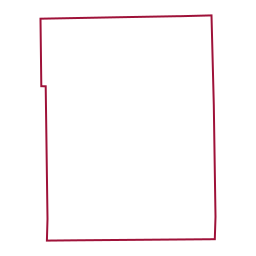 Brown, Indiana, United States of America
{"feature_id": "52423323B89653370278289", "entity_name": "Brown", "entity_type": "district", "adm_level": 2, "iso_a3": "USA", "parent_name": "United States of America", "parent_adm1": "Indiana", "projection": "equal_earth", "projection_center": [-86.224, 39.196], "detail": "fine", "context": "isolated", "style": "outline", "palette": "rose", "viewbox_px": 256, "rotation_deg": 0, "n_neighbors": 0, "source": "geoboundaries", "source_scale": "gbopen_adm2", "svg_char_len": 281}
<svg xmlns="http://www.w3.org/2000/svg" viewBox="0 0 256 256"><path d="M211.5,15.4L180.3,16.2L177.6,16.2L115.5,17.3L40.5,18.7L41.3,86.2L45.7,86.3L47.5,218.9L46.9,240.6L77.0,240.3L214.8,239.2L215.5,216.8L213.8,105.1L211.5,15.4Z" fill="none" stroke="#9f1239" stroke-width="2"/></svg>